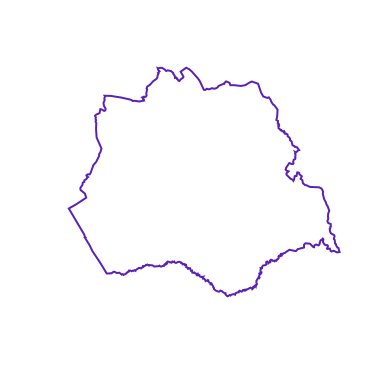 Mlele, Katavi, United Republic of Tanzania, rotated 149°
{"feature_id": "72390352B12905062635487", "entity_name": "Mlele", "entity_type": "district", "adm_level": 2, "iso_a3": "TZA", "parent_name": "United Republic of Tanzania", "parent_adm1": "Katavi", "projection": "mercator", "projection_center": [31.658, -6.61], "detail": "fine", "context": "isolated", "style": "outline", "palette": "violet", "viewbox_px": 384, "rotation_deg": 149, "n_neighbors": 0, "source": "geoboundaries", "source_scale": "gbopen_adm2", "svg_char_len": 5895}
<svg xmlns="http://www.w3.org/2000/svg" viewBox="0 0 384 384"><g transform="rotate(149 192 192)"><path d="M198.9,81.7L197.7,81.3L198.0,80.6L197.3,80.1L196.0,80.0L195.8,80.5L194.1,80.0L191.2,79.9L190.6,78.6L189.5,78.8L190.0,77.8L186.5,78.6L187.1,79.1L186.8,79.3L185.8,79.4L185.4,79.1L185.5,78.6L184.5,79.6L183.7,79.6L183.5,81.2L182.5,82.7L179.9,84.1L179.2,84.1L178.9,83.5L178.2,83.8L178.2,85.1L176.5,86.3L176.3,87.5L175.8,87.5L175.9,86.9L175.1,86.8L175.2,86.5L174.6,86.6L173.8,87.4L174.3,88.5L173.4,90.0L172.5,90.6L172.3,91.4L171.2,90.6L170.2,91.9L169.1,92.4L166.9,91.6L165.8,91.6L164.4,93.7L163.4,93.7L162.8,92.2L163.1,91.6L161.6,91.9L161.0,91.5L160.2,92.4L160.4,93.0L159.3,93.3L158.6,92.8L158.1,91.3L157.3,91.0L156.9,90.1L156.0,90.5L155.3,89.6L154.3,89.9L154.0,90.4L152.9,90.2L151.7,90.7L151.2,92.0L150.2,91.9L150.2,92.5L149.7,92.5L148.9,91.3L147.8,91.3L147.0,92.3L147.9,92.9L147.6,93.2L146.0,92.1L145.3,92.4L144.1,92.0L138.3,92.3L133.6,88.0L132.7,87.9L130.9,88.6L124.6,86.7L123.0,89.2L121.2,89.6L117.5,86.9L116.4,82.4L115.8,81.8L114.5,83.2L112.7,83.1L111.1,81.1L110.6,81.1L109.2,81.8L109.1,82.3L106.9,84.2L105.7,84.4L105.5,84.1L103.9,84.7L103.7,83.9L105.5,81.8L105.5,79.4L105.0,77.8L103.4,76.7L103.2,76.1L103.6,75.2L105.4,74.1L105.3,73.5L103.0,72.5L103.5,70.0L103.1,69.2L100.7,68.6L98.9,65.6L96.5,64.5L95.3,68.7L96.0,69.5L95.9,72.5L95.5,73.2L95.9,74.2L94.4,77.3L94.6,78.8L92.7,80.5L92.4,81.2L92.4,82.0L94.2,84.9L94.1,86.9L93.0,89.4L92.5,89.4L91.4,90.9L90.9,90.8L89.6,93.1L91.2,95.3L91.0,97.2L88.9,99.0L88.1,100.9L86.5,103.2L84.0,105.3L83.1,109.7L83.1,112.4L82.6,113.9L82.4,117.8L80.9,122.9L79.4,124.9L79.2,127.4L79.4,128.6L80.6,130.5L88.4,135.7L90.2,138.6L91.5,139.7L92.4,142.4L91.3,145.3L92.1,147.4L89.8,148.9L90.8,152.1L90.3,153.1L90.9,154.1L91.7,154.6L94.2,151.9L95.8,152.7L98.1,150.1L99.4,149.4L99.4,150.8L100.7,152.5L102.1,158.3L101.5,159.3L98.6,160.0L99.9,161.4L100.2,163.0L99.0,164.2L93.7,166.7L92.0,164.5L90.9,164.0L90.2,164.3L89.8,165.7L88.3,167.2L86.6,167.1L85.8,167.9L85.6,168.8L84.2,170.3L83.8,172.0L83.1,172.3L83.0,173.2L82.5,172.3L79.6,173.0L78.6,172.8L79.0,176.3L79.6,176.7L80.0,177.6L80.6,177.7L80.9,179.1L81.8,180.2L80.6,184.0L81.3,186.0L80.5,187.0L80.5,188.5L81.3,190.5L80.5,192.0L81.3,193.6L82.0,193.7L82.5,194.5L81.7,195.8L81.8,196.7L82.7,196.6L82.8,197.3L83.4,197.7L83.5,199.1L84.3,199.3L84.1,200.0L85.0,202.0L83.9,204.3L83.3,203.9L82.9,204.3L82.6,205.9L83.2,206.5L81.7,208.7L82.6,210.3L80.0,213.0L76.2,218.6L76.8,224.1L77.4,225.2L77.6,228.4L77.1,230.6L77.4,233.6L79.1,233.9L81.7,237.2L81.6,241.5L79.6,250.8L83.7,255.8L85.9,256.2L91.2,256.1L95.6,257.8L100.5,261.6L104.1,263.8L103.6,266.3L105.9,269.3L108.1,268.7L108.6,268.1L109.1,268.5L114.8,269.2L116.2,268.5L118.3,268.6L120.0,269.2L121.4,270.7L124.3,271.1L126.3,272.9L128.0,272.6L129.2,273.5L128.2,283.1L128.4,286.2L130.2,295.8L131.2,298.7L133.0,301.5L139.8,301.0L139.9,295.3L140.7,294.6L143.6,294.4L145.7,293.6L146.3,294.5L146.3,296.5L146.6,296.7L146.3,297.3L147.0,298.1L146.9,298.6L147.8,298.7L147.0,300.2L147.2,303.0L146.8,303.6L147.6,306.3L150.1,308.8L151.8,309.0L152.3,311.0L153.7,313.8L155.9,315.1L157.3,315.3L157.6,315.8L158.1,314.1L157.7,312.1L159.8,311.6L159.7,310.7L161.0,310.0L162.9,307.9L164.1,307.3L168.0,307.0L173.1,305.5L175.9,305.5L177.7,304.0L177.6,303.1L180.3,300.2L181.2,298.2L182.2,297.5L183.4,297.7L184.4,298.0L184.3,298.5L185.8,298.7L185.5,298.1L185.9,298.1L185.8,297.4L186.6,297.6L185.7,296.9L185.6,296.1L186.1,295.7L186.1,295.1L190.7,296.8L194.3,299.8L195.9,300.5L196.5,302.0L198.0,303.7L203.9,309.3L212.0,316.1L217.3,319.5L217.3,318.7L219.0,317.3L219.5,315.8L221.9,314.0L222.3,313.2L223.1,311.0L223.2,307.7L224.3,306.6L225.2,306.6L225.9,307.2L226.7,309.1L227.9,310.2L230.7,307.2L234.1,307.7L235.9,307.3L236.0,305.4L237.0,304.4L237.2,303.0L238.4,302.0L238.5,300.5L242.1,294.9L245.7,287.8L247.2,275.9L249.8,273.5L252.2,272.2L252.9,270.8L258.6,267.2L262.7,265.8L269.3,260.4L270.5,259.8L272.2,260.8L273.8,260.8L274.1,260.4L273.4,258.4L274.5,258.4L274.9,257.9L276.2,257.5L278.3,257.4L279.1,256.1L280.9,256.3L282.1,254.6L285.4,253.1L286.2,252.0L286.4,250.8L284.6,245.8L285.6,241.6L297.8,241.1L306.1,241.3L306.3,210.8L306.8,209.3L306.7,208.0L307.3,208.1L307.2,198.7L307.8,192.7L307.1,177.9L307.1,166.1L304.6,164.6L304.0,164.6L303.3,163.9L301.0,163.8L300.5,164.1L299.4,163.4L298.2,161.3L295.8,160.2L294.8,157.4L293.9,157.4L293.4,156.3L292.9,156.5L292.2,156.0L290.0,156.0L289.7,156.5L288.2,156.4L286.8,157.0L286.7,156.5L286.1,156.8L285.4,156.5L284.6,155.2L283.7,155.3L282.8,154.5L281.7,154.7L281.1,153.7L280.9,154.0L276.6,154.3L275.1,152.8L274.3,153.2L273.9,152.9L272.4,152.8L272.1,153.7L270.5,152.9L269.0,153.2L268.6,152.7L267.7,152.8L266.8,151.2L266.4,151.5L263.5,149.3L262.8,147.6L258.9,145.7L257.8,145.6L257.5,144.5L257.0,144.0L254.7,143.6L254.2,143.1L253.3,143.9L251.7,144.2L251.8,143.4L250.2,143.5L250.0,144.6L248.7,144.9L247.3,143.6L247.1,142.9L246.1,142.6L245.9,142.0L244.9,142.0L244.5,142.4L243.7,141.4L243.1,141.5L243.1,140.5L242.2,139.4L239.9,139.3L238.4,138.3L237.6,137.2L237.9,136.7L237.1,135.9L237.3,134.9L236.4,134.8L235.9,134.3L235.9,133.0L235.4,132.9L235.1,133.4L234.6,132.7L235.2,130.7L235.6,130.6L235.0,129.3L234.1,128.6L234.6,128.1L232.9,127.5L233.5,125.0L232.4,124.6L233.3,122.8L232.0,121.6L231.5,121.8L230.6,119.6L229.5,119.2L230.7,118.1L230.3,117.7L228.8,117.7L228.5,117.1L228.9,116.7L228.6,115.2L228.0,114.9L227.9,114.3L226.0,113.6L226.7,113.3L227.2,112.0L226.2,111.4L225.9,110.0L226.2,108.7L225.2,108.6L224.5,107.9L223.7,108.3L223.5,107.9L224.0,106.6L223.7,105.2L222.4,103.8L222.4,103.4L223.4,103.1L222.5,102.3L222.4,100.2L222.9,99.2L222.6,98.4L223.1,97.6L222.6,95.6L220.9,93.2L219.8,92.5L218.6,92.9L217.5,91.8L217.1,90.3L216.1,88.4L215.4,88.0L216.0,86.9L215.5,84.8L215.1,84.2L212.9,84.3L212.3,83.4L211.3,83.7L209.2,83.2L207.9,81.8L206.9,82.8L204.8,82.6L203.7,81.9L202.9,82.7L202.4,82.4L202.0,82.7L200.7,81.0L198.9,81.7Z" fill="none" stroke="#5b21b6" stroke-width="2"/></g></svg>